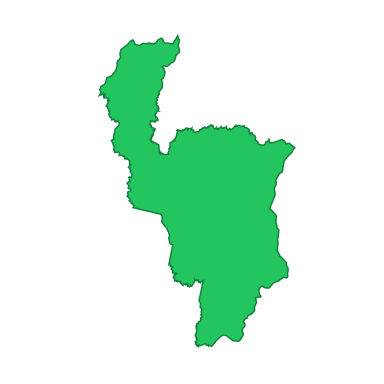 Tarazá, Antioquia, Colombia, rotated 191°
{"feature_id": "7082276B33754043012345", "entity_name": "Tarazá", "entity_type": "district", "adm_level": 2, "iso_a3": "COL", "parent_name": "Colombia", "parent_adm1": "Antioquia", "projection": "natural_earth1", "projection_center": [-75.344, 7.488], "detail": "fine", "context": "isolated", "style": "filled", "palette": "green", "viewbox_px": 384, "rotation_deg": 191, "n_neighbors": 0, "source": "geoboundaries", "source_scale": "gbopen_adm2", "svg_char_len": 6067}
<svg xmlns="http://www.w3.org/2000/svg" viewBox="0 0 384 384"><g transform="rotate(191 192 192)"><path d="M301.3,269.0L298.7,270.8L298.1,271.8L297.6,270.5L296.2,271.4L295.7,269.8L297.2,269.7L296.3,267.5L293.3,268.3L292.0,267.3L292.2,265.7L291.0,265.7L291.7,264.8L291.2,264.3L292.1,261.7L291.7,260.9L292.6,260.0L291.5,259.5L291.1,258.4L289.1,256.6L289.5,256.1L289.0,255.3L288.1,255.4L288.5,252.3L286.9,249.8L285.2,249.4L284.5,247.4L282.7,248.7L280.9,246.5L280.6,246.9L280.0,246.4L279.3,247.6L279.1,247.0L278.7,247.3L276.6,246.0L276.3,245.1L276.7,242.9L279.5,239.0L279.2,237.4L279.7,232.8L279.1,228.5L281.0,227.4L276.6,221.1L277.2,219.2L275.4,216.1L271.4,217.3L270.6,216.1L270.4,214.0L268.9,214.8L266.3,214.0L265.4,214.3L265.2,212.9L264.1,211.7L262.5,212.6L262.4,211.8L261.0,211.9L258.8,210.3L259.2,209.4L258.6,208.8L258.3,206.9L257.8,207.6L257.4,207.1L258.2,206.4L257.8,205.8L258.5,205.4L259.0,203.9L257.8,203.8L257.1,202.1L256.0,201.6L256.6,200.2L254.0,197.6L254.5,194.3L256.0,194.9L256.8,194.4L254.7,190.1L256.4,189.7L257.4,188.2L255.0,185.9L255.3,183.4L252.9,183.2L252.2,182.6L252.6,181.2L254.8,180.1L255.1,178.9L254.1,177.2L254.9,175.5L250.9,173.0L250.9,172.2L251.9,171.4L249.9,170.4L249.5,169.3L248.6,169.7L246.4,167.7L246.8,165.4L217.7,164.2L216.4,161.6L216.0,157.1L212.5,153.5L210.2,152.3L206.9,147.2L205.8,145.3L206.0,142.3L203.7,137.0L200.8,136.5L200.8,116.5L200.2,117.1L200.2,116.3L199.0,116.0L198.9,115.0L198.3,115.6L196.9,114.7L197.6,113.9L197.7,112.3L195.9,111.3L195.8,108.9L191.7,109.2L192.3,108.0L193.7,107.1L193.2,105.9L194.1,104.6L191.8,102.3L192.0,101.4L190.4,101.8L190.3,101.2L189.6,101.2L188.8,102.1L187.2,101.3L186.0,101.7L185.8,100.4L183.0,98.6L182.4,99.9L180.7,100.4L180.3,99.7L179.7,100.6L179.7,100.0L178.4,100.5L178.5,98.8L177.0,99.2L176.4,98.4L175.3,99.3L175.4,99.9L174.7,99.4L174.3,99.7L174.7,100.0L174.1,100.2L172.4,104.7L172.5,106.5L171.9,105.8L171.2,106.7L170.2,106.6L170.3,106.0L169.0,106.5L168.9,105.6L168.0,105.4L168.2,104.8L166.4,104.5L166.2,105.5L164.1,107.2L164.3,86.4L162.0,83.9L162.3,82.3L161.8,80.1L160.5,79.8L160.0,78.1L159.5,77.9L160.2,76.1L159.5,75.1L159.7,72.9L159.4,72.5L158.8,73.0L158.4,71.3L159.4,70.3L159.0,69.7L159.5,69.6L159.0,68.4L159.2,66.7L160.7,65.8L161.2,64.7L160.8,63.8L162.0,63.7L162.1,61.5L162.5,61.3L162.1,60.6L162.7,60.8L161.6,59.8L161.8,59.1L160.7,57.1L161.4,51.5L159.5,49.7L159.9,49.3L159.4,48.0L158.9,48.0L159.4,47.6L159.0,46.8L160.2,45.4L159.3,45.0L159.5,43.5L158.2,43.1L158.2,42.1L156.0,41.3L155.8,43.2L154.1,42.9L150.5,45.4L149.0,45.2L148.8,44.5L148.1,44.2L146.9,45.1L146.3,43.8L145.2,44.8L143.1,44.3L139.3,51.6L135.7,56.2L133.8,57.7L130.9,57.6L123.5,53.9L118.2,54.3L116.7,55.4L114.6,60.7L114.8,62.9L116.0,65.0L116.4,67.4L114.8,69.9L114.6,71.8L115.0,72.9L116.5,73.8L116.5,75.3L115.8,77.5L113.7,79.0L113.4,81.7L110.7,83.1L108.0,87.2L108.7,91.9L107.6,95.7L109.4,100.5L104.4,102.1L104.5,102.8L106.1,104.0L107.7,108.0L107.0,111.1L105.9,112.9L105.0,113.0L101.4,111.8L98.0,112.5L95.4,117.2L93.4,119.3L90.1,121.1L86.1,125.6L82.7,125.8L81.9,127.3L82.8,131.0L82.6,133.0L83.6,136.5L85.3,137.7L86.1,140.8L93.7,146.2L97.5,151.4L97.7,157.8L99.1,162.1L98.8,164.7L99.6,171.3L102.0,173.3L102.5,175.8L103.8,177.9L104.7,184.9L110.3,189.2L112.7,190.0L109.8,205.2L112.0,211.2L110.8,215.2L111.3,218.0L112.2,219.2L109.9,226.6L107.2,229.1L107.5,239.7L105.5,244.2L101.4,250.3L100.8,252.9L99.5,255.0L105.7,258.4L109.2,257.2L110.7,259.5L113.7,260.7L120.9,256.3L124.6,255.2L125.9,256.0L126.5,259.3L126.9,256.5L128.9,255.4L129.2,253.3L130.3,251.7L133.9,251.3L136.4,252.0L136.7,253.4L139.0,254.9L139.9,254.9L140.0,257.7L141.5,259.7L143.5,259.7L144.0,261.6L146.2,261.3L146.2,260.2L147.5,262.5L147.4,263.9L151.0,265.7L152.5,265.2L153.4,265.9L153.2,266.8L156.5,265.9L159.0,266.2L160.6,264.9L161.5,266.0L161.8,264.8L162.8,264.6L163.1,263.2L166.0,260.3L167.1,261.6L168.8,259.8L170.3,261.4L170.7,262.8L171.4,261.6L173.0,261.3L173.5,260.5L174.7,260.5L175.8,261.9L178.1,258.5L178.6,259.3L179.7,258.7L180.3,260.1L181.6,258.1L182.9,259.0L184.1,261.1L184.9,261.3L185.5,260.6L186.2,261.5L188.0,259.7L188.5,258.3L189.1,258.7L189.4,257.9L190.8,257.5L191.9,258.3L193.0,256.9L194.0,256.8L194.7,255.1L195.5,255.2L196.4,254.4L196.2,253.5L196.7,252.9L200.3,251.3L202.0,251.3L202.2,253.0L204.3,253.4L204.4,254.4L204.9,253.4L205.2,254.1L207.3,253.6L208.3,252.3L208.6,253.7L209.9,253.7L212.6,250.5L213.3,251.0L214.4,249.2L215.4,250.2L217.8,250.3L217.8,249.7L218.5,249.4L217.8,248.9L218.1,243.2L218.5,241.5L219.8,239.5L219.1,239.3L223.0,235.9L222.0,231.8L222.9,229.8L222.2,228.4L223.0,226.3L222.4,224.5L227.1,223.4L228.3,224.2L229.3,223.6L230.1,225.0L230.3,223.4L231.2,223.4L233.7,232.0L237.5,233.2L239.6,233.1L239.8,234.1L241.2,233.4L241.6,234.4L242.8,234.9L242.2,235.5L242.7,236.3L241.9,236.4L242.6,238.0L241.6,238.5L241.8,239.8L241.0,240.0L241.2,242.6L240.6,244.8L241.6,245.5L240.3,245.5L240.3,247.0L244.3,247.9L244.5,249.3L245.8,249.3L246.5,250.3L245.8,250.8L246.4,251.2L246.5,253.5L246.0,254.1L245.1,254.2L244.8,253.4L243.8,254.1L242.2,253.4L241.5,253.8L241.0,255.3L239.3,255.6L239.7,256.2L239.3,256.8L240.6,258.4L241.2,259.0L241.8,258.5L243.3,260.6L242.4,261.9L242.6,263.0L242.1,263.1L241.6,265.2L240.4,265.2L241.3,265.7L240.5,266.5L241.3,267.6L240.6,268.2L242.1,270.1L243.9,271.0L244.3,272.5L243.5,272.5L244.2,273.6L244.2,274.7L243.5,275.9L244.7,277.0L243.4,278.6L244.1,279.9L242.9,281.5L243.4,284.1L241.1,288.9L241.9,293.9L243.6,296.4L242.0,298.2L241.1,302.2L241.6,305.3L242.8,306.3L243.1,308.1L245.1,308.9L244.0,310.5L241.0,310.4L238.7,312.2L237.4,314.6L235.6,315.5L234.1,317.9L233.6,323.7L231.1,326.4L231.2,328.4L233.3,332.7L233.4,339.2L234.6,339.6L235.8,342.7L239.2,333.6L243.6,333.6L246.9,332.9L248.6,333.9L250.1,336.8L251.5,337.2L254.4,334.8L255.6,331.9L257.6,330.2L260.7,329.7L262.3,330.2L264.8,328.9L267.7,328.6L269.5,327.7L271.2,325.8L276.0,326.0L279.0,330.0L281.5,328.2L282.8,325.2L288.7,318.4L289.2,314.1L287.8,310.7L289.0,307.4L289.9,306.7L289.6,305.3L290.4,304.2L289.6,302.6L290.0,296.9L293.1,290.7L297.4,287.9L297.9,281.6L301.5,278.2L302.1,275.1L300.4,272.2L301.3,269.0Z" fill="#22c55e" stroke="#15803d" stroke-width="1.5"/></g></svg>